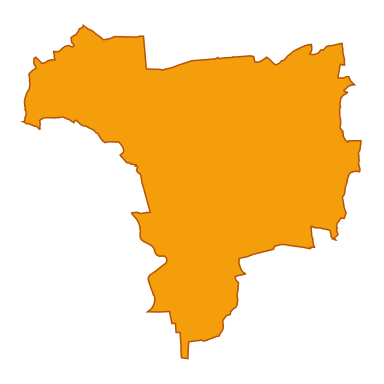 Jupanesti, Gorj, Romania (Albers equal-area conic projection)
{"feature_id": "2599482B25905298128431", "entity_name": "Jupanesti", "entity_type": "district", "adm_level": 2, "iso_a3": "ROU", "parent_name": "Romania", "parent_adm1": "Gorj", "projection": "albers", "projection_center": [23.543, 44.891], "detail": "fine", "context": "isolated", "style": "filled", "palette": "amber", "viewbox_px": 384, "rotation_deg": 0, "n_neighbors": 0, "source": "geoboundaries", "source_scale": "gbopen_adm2", "svg_char_len": 5825}
<svg xmlns="http://www.w3.org/2000/svg" viewBox="0 0 384 384"><path d="M303.2,247.3L310.1,248.7L310.3,248.3L311.2,247.8L310.8,247.3L314.5,247.2L313.2,243.7L312.7,238.5L311.6,235.3L311.6,232.9L311.2,230.4L311.3,228.6L310.9,226.5L312.7,226.5L313.3,227.3L314.5,227.6L317.0,227.9L319.6,227.8L324.0,229.1L324.9,228.7L326.2,229.4L330.0,230.3L330.2,230.6L330.4,232.4L330.9,233.7L331.0,236.3L332.6,238.2L332.3,238.8L333.0,239.0L333.9,238.8L334.4,239.7L335.6,239.9L334.8,239.1L334.7,238.1L335.5,237.0L337.6,235.1L337.9,234.5L337.4,232.2L336.7,231.5L336.5,230.4L337.2,228.6L337.3,227.8L336.6,227.0L336.4,226.2L337.4,222.8L339.2,220.9L340.9,218.0L344.1,218.5L344.8,216.9L346.2,212.5L345.3,211.1L344.0,207.0L343.4,202.4L342.4,197.7L342.6,196.8L343.8,195.4L344.8,192.5L345.1,188.3L346.4,183.8L347.3,181.3L347.5,178.4L348.4,176.8L348.5,176.0L348.9,174.7L350.8,172.5L355.5,171.1L356.9,171.2L358.3,171.8L359.5,171.7L360.0,169.9L359.9,169.0L358.6,163.9L358.7,161.9L359.0,161.2L359.1,160.4L358.9,158.0L358.9,155.8L358.3,153.0L359.8,150.5L360.6,145.2L361.0,140.7L348.3,140.9L348.2,141.8L347.9,142.1L347.2,142.0L345.6,140.5L343.1,135.9L343.4,134.7L343.1,134.0L343.1,133.3L342.5,132.9L342.4,132.0L342.4,131.7L343.0,131.5L342.9,131.2L341.9,130.7L341.7,130.0L340.1,127.9L340.1,126.8L340.7,124.0L340.7,122.9L340.5,118.8L339.9,117.0L339.7,115.1L339.8,113.6L339.6,109.9L339.9,108.5L340.6,106.9L339.8,103.9L340.5,101.5L340.6,98.4L341.9,97.3L342.0,96.6L342.9,95.6L347.4,92.8L347.3,92.4L347.0,92.0L345.4,92.3L344.5,90.7L344.0,90.7L344.2,90.0L346.6,88.2L348.1,86.5L350.4,85.4L354.6,84.7L351.1,81.7L349.4,78.6L349.0,76.9L348.2,76.6L346.7,76.6L343.2,78.0L337.9,78.0L340.2,64.5L342.0,64.6L343.2,65.2L344.7,65.0L344.3,62.2L344.4,60.0L344.3,58.6L342.8,52.5L342.9,49.4L342.2,46.0L342.2,43.4L339.2,43.7L338.9,44.2L336.2,44.5L332.7,45.5L328.7,45.8L327.8,46.3L327.0,46.1L325.4,47.7L323.7,49.8L322.9,50.0L321.2,49.8L320.7,50.1L318.1,53.3L313.3,54.7L309.7,54.0L311.6,50.8L311.8,48.8L311.6,48.2L311.9,46.8L311.3,46.0L311.5,44.5L308.5,44.7L305.9,45.4L300.8,47.5L293.4,51.2L291.0,53.5L288.0,55.7L286.0,58.1L285.3,58.5L284.7,59.6L283.8,60.5L281.7,60.7L279.3,63.3L276.3,64.7L275.4,64.8L273.0,62.9L269.5,59.3L266.8,57.2L261.8,60.6L258.3,62.1L256.7,62.1L254.9,61.8L254.3,59.8L253.9,57.0L252.2,56.0L251.2,56.2L250.7,55.9L249.5,55.9L234.6,57.1L233.4,57.1L232.9,56.8L232.2,57.4L225.3,57.8L220.4,58.5L219.0,58.5L218.3,57.6L218.0,57.5L215.2,58.9L190.9,60.8L190.3,61.3L179.9,64.6L172.3,67.5L162.8,69.8L162.6,70.2L160.4,69.4L147.0,69.0L146.3,68.8L143.5,36.2L138.8,36.3L137.6,37.1L136.6,37.1L114.4,36.6L110.9,38.3L109.8,38.4L109.3,38.8L103.5,39.8L100.3,37.0L95.8,33.9L92.8,31.2L90.0,29.6L88.7,29.5L83.2,25.4L83.1,26.3L82.1,27.5L81.1,28.3L80.0,28.4L79.3,29.0L78.7,30.1L78.0,31.9L77.0,33.1L76.2,34.5L73.5,35.8L70.9,37.8L71.3,38.7L71.3,40.6L71.9,42.8L72.5,43.6L73.5,44.3L74.0,45.7L73.5,45.8L72.8,46.7L72.2,47.1L69.3,45.6L68.0,45.6L66.3,46.2L65.2,46.3L62.8,47.9L59.5,51.2L58.4,51.6L55.4,51.7L53.9,51.3L53.5,52.3L54.4,54.9L54.2,57.0L54.7,58.7L54.9,60.1L53.5,59.8L52.0,59.8L50.7,59.9L49.8,60.6L48.7,60.3L44.4,63.0L41.4,63.1L40.6,62.0L35.9,57.2L34.7,57.8L33.9,59.1L34.0,59.9L33.8,61.7L33.9,63.7L35.6,66.8L36.0,68.2L32.6,70.5L30.2,72.5L28.9,74.2L29.7,79.0L29.5,80.4L29.6,82.7L30.1,84.0L29.5,86.2L29.6,88.2L26.9,92.9L25.9,95.6L25.8,96.3L25.0,97.9L25.0,99.5L24.4,101.3L24.6,102.4L24.4,103.0L24.8,104.2L24.7,105.9L25.5,107.5L25.0,109.1L25.3,110.3L25.8,110.9L26.2,114.4L25.8,115.8L25.2,116.9L25.2,117.5L24.9,118.2L25.0,119.2L24.8,120.7L24.1,121.5L23.0,121.7L24.6,122.3L26.1,123.6L27.2,123.7L27.9,123.5L29.0,124.0L30.8,124.5L34.1,126.1L36.4,126.4L37.2,127.0L39.0,128.9L39.8,129.2L40.0,129.1L39.8,126.9L40.2,124.0L39.7,120.3L43.2,118.2L44.8,117.7L50.7,117.7L52.3,118.0L53.7,117.7L55.2,118.0L57.3,117.5L58.7,117.8L61.2,117.0L63.1,117.0L66.6,118.8L69.9,119.9L71.7,121.4L73.6,122.2L73.8,122.6L74.6,121.3L76.2,120.2L80.4,124.2L81.3,124.8L83.5,125.9L86.1,126.2L90.2,128.5L91.7,128.9L95.0,131.3L96.1,132.9L97.7,133.3L100.5,138.2L101.3,138.9L102.8,141.2L103.5,141.4L105.2,142.7L106.5,142.2L108.8,141.8L118.8,142.1L120.3,143.7L122.6,146.9L123.5,149.2L123.6,151.4L123.2,152.6L120.1,155.1L120.7,156.0L123.8,159.2L126.5,162.6L130.0,163.2L130.7,164.0L136.0,164.9L135.3,166.0L136.9,166.2L137.5,166.7L137.4,167.4L136.5,170.5L138.2,172.9L139.9,173.7L140.7,174.8L142.2,183.8L143.4,187.4L150.3,212.5L147.3,212.4L140.2,213.6L139.1,212.9L137.0,212.3L132.0,212.7L131.8,213.6L136.3,218.8L137.8,221.2L139.1,224.1L139.6,225.8L140.5,231.6L140.1,233.3L140.1,236.4L140.6,238.6L141.4,239.7L143.3,241.3L149.4,244.4L152.2,246.2L154.0,248.5L155.5,253.5L156.8,255.0L158.8,256.1L164.2,256.1L165.5,256.8L166.7,258.5L166.8,261.0L165.7,263.4L162.4,265.7L155.1,271.5L149.9,275.1L148.9,276.4L148.3,277.9L148.2,279.6L148.7,281.4L151.5,289.6L152.4,291.5L153.4,295.0L154.0,295.4L154.6,296.5L154.8,300.3L154.3,303.1L153.4,305.4L151.5,308.7L147.5,311.8L158.8,312.0L169.5,311.5L171.9,323.5L175.4,323.4L176.1,332.5L180.0,332.4L181.0,345.7L180.9,348.0L181.4,357.7L187.9,358.6L188.2,348.9L188.8,341.8L197.5,340.6L199.4,340.6L200.9,340.0L202.2,340.3L202.9,340.9L204.3,341.1L216.4,336.5L219.0,336.1L220.1,333.8L222.5,330.2L223.2,328.1L223.4,325.8L223.1,324.4L222.8,322.1L223.1,320.0L225.8,316.4L226.9,315.4L230.3,314.6L230.5,312.5L231.6,310.6L233.9,308.5L235.3,307.8L236.1,306.9L237.4,304.1L237.2,303.1L237.6,301.5L237.6,298.5L237.0,296.6L237.4,292.6L238.1,289.6L238.2,284.9L238.6,283.4L238.3,282.3L236.9,281.1L235.9,279.9L235.0,276.7L239.0,275.3L240.4,275.2L245.4,273.9L244.8,273.1L243.8,272.8L242.2,271.4L240.4,267.9L240.0,266.1L239.5,265.4L239.4,264.1L238.7,263.1L238.7,262.4L239.3,260.6L239.0,259.6L239.2,258.4L247.5,256.6L251.9,254.8L256.2,253.6L273.3,249.3L273.7,249.0L273.7,248.2L274.3,247.4L274.4,246.6L275.0,246.1L280.2,244.7L283.8,244.5L286.2,244.8L289.1,245.4L303.2,247.3Z" fill="#f59e0b" stroke="#b45309" stroke-width="1.5"/></svg>